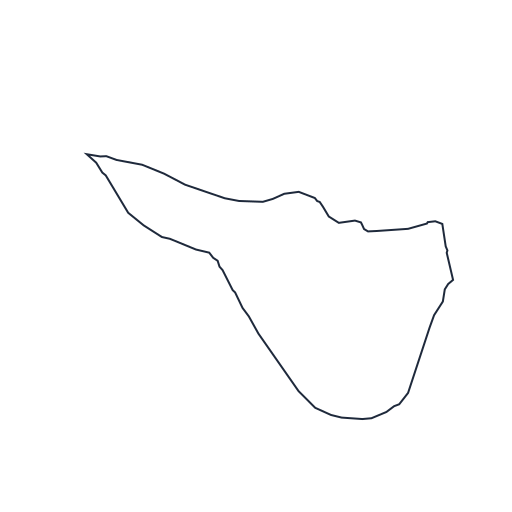 outline of Santa Apolonia, Chimaltenango, Guatemala, rotated 296°
{"feature_id": "79465075B14911635135013", "entity_name": "Santa Apolonia", "entity_type": "district", "adm_level": 2, "iso_a3": "GTM", "parent_name": "Guatemala", "parent_adm1": "Chimaltenango", "projection": "mercator", "projection_center": [-90.952, 14.838], "detail": "fine", "context": "isolated", "style": "outline", "palette": "slate", "viewbox_px": 512, "rotation_deg": 296, "n_neighbors": 0, "source": "geoboundaries", "source_scale": "gbopen_adm2", "svg_char_len": 975}
<svg xmlns="http://www.w3.org/2000/svg" viewBox="0 0 512 512"><g transform="rotate(296 256 256)"><path d="M366.5,409.4L365.8,401.9L361.7,395.5L360.1,395.4L347.1,380.8L331.6,353.9L327.2,345.9L327.6,341.3L330.5,337.8L332.2,335.6L331.2,329.4L322.1,315.9L323.4,304.1L329.6,294.6L332.5,289.6L332.2,286.9L333.9,283.5L332.4,266.3L324.3,254.1L314.7,246.1L307.7,238.4L298.0,216.6L294.2,202.6L289.0,161.0L289.7,137.3L288.1,113.6L281.2,88.6L280.1,77.7L277.2,72.4L273.3,59.3L269.8,71.5L263.6,81.3L262.6,85.6L238.8,122.2L234.3,141.6L231.8,163.1L233.7,171.0L235.5,199.2L238.5,212.5L235.6,218.3L234.9,223.6L230.4,227.9L228.7,232.1L215.1,250.0L214.1,253.2L203.4,266.7L198.6,276.0L187.3,292.2L153.2,353.5L145.5,375.8L146.0,393.1L148.3,403.8L156.1,423.1L160.8,430.9L173.0,441.6L181.6,446.0L185.5,449.7L199.6,452.7L267.8,443.4L280.9,442.0L297.0,443.9L308.8,440.3L315.1,441.0L320.9,443.6L342.5,426.0L344.9,425.6L347.8,422.3L366.5,409.4Z" fill="none" stroke="#1e293b" stroke-width="2"/></g></svg>